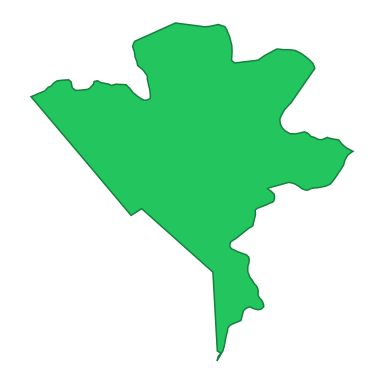 Nola, Sangha-Mbaéré, Central African Republic (Mercator projection)
{"feature_id": "33826404B1885733015759", "entity_name": "Nola", "entity_type": "district", "adm_level": 2, "iso_a3": "CAF", "parent_name": "Central African Republic", "parent_adm1": "Sangha-Mbaéré", "projection": "mercator", "projection_center": [16.137, 3.336], "detail": "fine", "context": "isolated", "style": "filled", "palette": "green", "viewbox_px": 384, "rotation_deg": 0, "n_neighbors": 0, "source": "geoboundaries", "source_scale": "gbopen_adm2", "svg_char_len": 2986}
<svg xmlns="http://www.w3.org/2000/svg" viewBox="0 0 384 384"><path d="M276.8,49.0L264.4,55.7L258.1,60.2L242.8,62.0L234.6,63.0L231.6,60.4L232.1,51.2L231.8,45.4L229.6,36.8L226.5,29.3L224.8,26.6L218.3,24.5L210.3,26.3L204.5,26.8L199.5,26.1L175.4,23.0L135.1,41.1L133.9,42.6L132.6,46.6L134.4,51.9L135.1,57.2L136.9,61.7L137.2,63.5L137.6,65.5L143.1,70.0L147.3,75.9L147.3,79.4L148.1,82.4L148.8,86.2L149.5,88.3L150.1,92.5L150.4,96.8L150.1,98.5L147.1,100.1L143.9,100.2L139.8,97.9L136.8,95.7L133.1,92.7L130.0,88.6L126.0,84.7L115.8,84.2L111.5,85.5L108.4,84.0L103.7,83.2L100.4,82.4L97.5,80.7L94.2,81.5L93.6,84.0L89.6,88.3L87.4,89.4L83.4,89.8L80.5,90.2L77.8,90.3L75.4,90.4L72.3,87.7L71.1,82.0L68.9,79.9L66.9,79.9L61.0,80.3L57.0,80.9L53.5,83.2L51.4,85.9L48.1,87.4L44.9,90.9L31.0,96.7L37.8,104.7L73.2,146.6L77.8,152.0L84.9,160.5L85.0,160.6L87.2,163.2L131.1,215.4L141.7,208.7L150.8,216.8L212.9,272.1L217.3,351.0L220.5,352.9L220.9,353.1L220.0,354.3L219.1,355.3L218.6,355.9L218.3,356.3L216.9,361.0L222.9,350.9L224.3,345.9L225.5,339.6L226.0,336.5L226.9,333.4L227.5,330.9L227.8,328.1L229.3,326.1L229.9,325.5L233.1,323.7L240.8,320.6L241.0,320.4L243.4,311.0L244.6,309.6L245.7,308.6L247.7,307.6L249.2,307.0L251.0,307.3L252.1,307.9L253.7,308.6L255.8,309.2L257.5,309.7L259.3,309.6L261.1,309.1L262.3,308.2L263.7,306.8L263.7,305.3L263.0,302.9L262.4,301.4L261.5,300.1L260.3,298.8L259.1,297.4L258.3,295.6L258.1,293.8L258.1,292.3L258.2,290.7L257.8,288.9L257.4,287.6L256.4,285.9L255.2,284.7L253.9,283.2L252.5,280.6L249.9,277.2L249.2,275.5L248.6,273.8L247.8,271.8L247.8,268.0L247.9,266.0L248.8,263.3L249.2,260.0L249.0,258.4L248.7,257.1L246.8,255.2L245.3,254.4L243.3,253.8L241.8,253.2L239.5,252.3L237.4,251.6L236.0,250.9L233.9,249.9L232.3,249.2L230.4,247.6L229.9,246.4L230.0,244.0L230.7,241.8L236.0,238.4L248.9,228.1L250.8,227.3L253.0,225.5L253.4,222.9L254.0,221.0L254.4,219.0L255.2,216.0L255.5,213.7L255.3,211.8L255.1,210.2L256.9,208.5L267.6,204.3L269.5,203.3L272.7,202.1L273.9,200.7L274.5,198.4L274.5,196.0L274.0,193.9L272.6,192.7L271.1,191.2L268.8,189.7L267.6,188.7L268.4,188.0L288.7,182.4L291.2,182.8L294.8,183.9L299.0,186.4L302.1,188.8L305.3,190.0L307.8,190.2L311.1,188.5L314.3,187.9L317.1,187.8L320.3,187.3L326.1,186.0L330.3,184.0L334.2,179.4L343.6,165.2L343.7,164.5L344.1,163.1L344.5,161.7L344.8,160.3L345.5,159.3L346.0,158.1L346.6,157.0L347.3,156.0L347.9,154.9L348.6,154.5L349.0,154.2L349.9,153.4L350.9,152.7L351.9,152.0L353.0,151.3L346.7,148.1L343.5,145.5L341.4,143.5L339.0,140.2L338.4,139.8L333.1,139.0L331.2,138.6L328.6,138.0L327.5,137.4L322.2,139.6L319.1,139.6L316.6,138.6L314.3,137.4L310.8,136.4L308.9,134.3L306.9,132.7L304.2,131.9L300.2,132.9L298.1,133.3L295.7,133.8L293.0,133.8L290.0,133.7L286.9,131.9L285.1,130.8L283.4,129.2L281.8,127.1L280.5,124.3L280.0,121.6L279.9,119.2L280.8,116.5L282.6,113.1L284.5,109.7L286.7,107.3L288.7,105.2L291.1,102.7L314.8,68.4L312.9,63.3L308.9,59.4L303.9,55.4L300.9,53.3L295.1,50.4L289.8,49.8L283.2,49.6L276.8,49.0Z" fill="#22c55e" stroke="#15803d" stroke-width="1.5"/></svg>